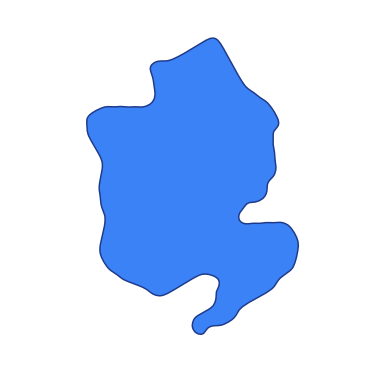 the district of Juan de Herrera, San Juan, Dominican Republic, rotated 150°
{"feature_id": "3306468B17512962237330", "entity_name": "Juan de Herrera", "entity_type": "district", "adm_level": 2, "iso_a3": "DOM", "parent_name": "Dominican Republic", "parent_adm1": "San Juan", "projection": "natural_earth1", "projection_center": [-71.191, 18.877], "detail": "fine", "context": "isolated", "style": "filled", "palette": "blue", "viewbox_px": 384, "rotation_deg": 150, "n_neighbors": 0, "source": "geoboundaries", "source_scale": "gbopen_adm2", "svg_char_len": 2808}
<svg xmlns="http://www.w3.org/2000/svg" viewBox="0 0 384 384"><g transform="rotate(150 192 192)"><path d="M240.7,65.6L236.0,63.2L233.4,62.1L230.5,61.5L226.0,61.2L221.6,61.4L218.7,62.0L216.0,63.0L210.0,66.3L205.8,67.4L198.1,67.9L178.7,67.6L174.0,67.9L170.9,68.3L168.0,69.1L161.9,72.2L159.3,73.2L156.4,73.7L146.2,74.9L143.3,75.8L141.9,76.5L138.0,79.5L134.4,83.0L129.9,88.1L126.8,92.3L125.3,95.4L124.8,97.0L124.1,100.3L123.8,105.3L124.0,108.6L124.4,111.9L125.3,115.1L126.8,117.7L127.7,118.9L129.8,120.9L132.2,122.4L136.1,124.3L143.2,128.5L148.6,130.8L154.6,134.3L159.5,136.5L161.8,137.9L163.6,139.8L164.3,140.9L164.7,142.2L165.0,143.6L164.8,145.1L164.3,146.4L163.6,147.6L162.8,148.6L160.8,150.2L152.5,153.7L150.2,154.3L147.8,154.2L142.2,151.7L138.1,150.8L133.8,151.0L131.1,151.9L128.8,153.3L126.8,155.2L123.1,160.6L121.3,162.2L119.0,163.3L113.9,164.9L111.5,166.2L108.5,169.1L106.9,171.5L103.9,178.5L100.7,185.2L98.0,192.4L93.1,201.0L91.5,203.0L90.6,203.7L85.2,205.9L84.1,206.5L83.2,207.4L82.4,208.5L81.8,209.9L81.3,211.4L80.9,214.7L80.7,219.9L81.0,225.3L81.8,230.6L82.8,233.7L86.1,240.3L88.4,246.1L91.6,252.8L92.6,255.8L93.2,259.1L93.5,264.2L93.6,269.8L93.0,300.5L93.1,305.9L93.5,309.2L93.9,310.8L94.5,312.3L95.4,313.6L96.7,314.7L99.4,315.9L104.1,316.4L129.9,316.0L136.8,316.2L141.9,316.6L145.3,317.2L148.4,318.2L154.0,321.3L156.7,322.4L159.4,322.8L160.8,322.8L163.3,322.3L164.5,321.7L165.5,320.9L166.4,319.8L167.0,318.5L167.7,315.9L168.6,311.6L169.5,308.5L173.8,297.8L175.3,294.8L177.5,292.2L178.8,291.1L181.7,289.6L184.6,289.0L188.9,289.3L191.7,290.1L193.2,290.8L198.8,294.3L204.0,297.0L211.0,301.7L216.2,304.3L222.2,308.0L224.9,309.2L226.5,309.6L229.6,310.1L234.4,310.5L239.1,310.4L242.0,310.0L244.8,308.9L246.0,308.1L246.9,307.1L248.4,304.8L252.2,297.2L253.1,294.1L253.4,292.4L253.7,287.1L253.7,274.4L253.8,269.1L254.2,265.7L255.0,262.4L256.5,259.4L258.3,256.8L267.6,245.9L269.5,243.3L271.1,240.6L273.4,234.8L277.0,226.7L277.8,223.6L279.2,215.7L279.7,214.2L281.2,211.3L283.1,208.5L285.1,206.0L297.5,192.5L299.5,189.9L301.2,187.0L302.4,183.9L303.0,180.7L303.3,175.7L303.0,170.6L302.5,167.4L301.5,164.4L298.2,157.7L296.5,153.4L295.1,150.5L292.3,146.6L285.1,137.8L282.2,134.0L279.8,129.9L278.1,125.7L276.7,123.0L274.9,120.7L272.8,118.9L271.6,118.1L268.7,117.0L264.2,116.4L257.9,116.3L234.0,116.7L227.7,116.4L224.7,115.8L221.8,114.5L219.2,112.7L217.0,110.5L215.0,108.2L213.6,105.6L213.1,104.1L213.0,102.5L213.2,101.1L213.7,99.9L214.4,98.8L216.0,96.9L220.8,93.3L224.4,87.9L226.8,85.3L229.7,83.4L231.0,82.8L233.9,82.2L236.9,82.0L248.9,82.1L251.8,81.6L253.2,81.1L254.5,80.4L256.7,78.6L258.5,76.3L259.1,74.9L259.5,73.4L259.6,71.8L259.5,70.2L259.1,68.6L257.7,66.2L255.7,64.5L254.6,64.0L253.4,63.8L252.2,63.9L247.1,66.0L245.9,66.3L243.3,66.3L240.7,65.6Z" fill="#3b82f6" stroke="#1e3a8a" stroke-width="1.5"/></g></svg>